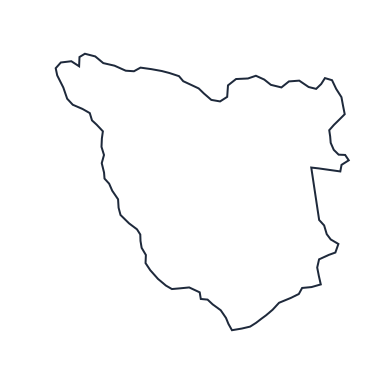 São José da Vitória, Bahia, Brazil, rotated 98°
{"feature_id": "56859067B6740167587731", "entity_name": "São José da Vitória", "entity_type": "district", "adm_level": 2, "iso_a3": "BRA", "parent_name": "Brazil", "parent_adm1": "Bahia", "projection": "robinson", "projection_center": [-39.357, -15.083], "detail": "fine", "context": "isolated", "style": "outline", "palette": "slate", "viewbox_px": 384, "rotation_deg": 98, "n_neighbors": 0, "source": "geoboundaries", "source_scale": "gbopen_adm2", "svg_char_len": 1512}
<svg xmlns="http://www.w3.org/2000/svg" viewBox="0 0 384 384"><g transform="rotate(98 192 192)"><path d="M224.7,259.6L231.8,250.0L236.6,241.3L241.3,237.3L247.6,236.2L254.3,234.1L260.8,228.9L268.9,228.1L275.3,222.4L282.8,213.6L288.3,204.8L290.9,198.4L289.1,190.6L286.9,181.5L290.3,170.4L296.7,168.4L296.4,161.6L300.4,155.9L305.1,147.1L312.0,140.8L317.5,137.6L323.3,133.2L320.3,123.7L317.2,115.7L312.6,110.3L307.9,105.7L303.8,101.5L297.4,95.8L289.6,90.4L283.2,79.5L278.1,72.0L271.7,69.6L269.5,60.4L265.6,51.6L257.5,54.7L249.4,57.5L241.0,56.8L235.2,47.7L232.0,41.6L223.1,39.8L219.7,48.0L215.0,52.7L206.7,56.5L202.0,62.2L151.2,77.3L151.0,69.9L151.0,48.0L144.3,47.7L138.8,41.2L134.0,45.5L134.6,52.0L130.5,57.5L124.0,61.5L117.8,62.9L111.7,64.7L105.8,60.8L100.6,56.8L93.7,51.6L84.8,54.7L77.3,57.2L69.8,63.6L61.8,68.9L60.7,76.2L67.1,79.1L72.6,83.4L71.8,91.1L66.8,101.3L69.0,111.4L76.0,118.0L74.9,128.8L70.6,136.1L68.0,144.9L71.8,152.4L74.0,164.1L81.4,171.2L92.9,170.4L98.4,176.8L98.1,185.7L92.8,193.9L88.5,199.8L86.0,207.9L83.5,216.1L79.1,221.0L77.3,231.0L76.4,238.8L76.0,249.3L76.0,260.3L80.5,266.3L81.1,274.5L77.7,286.3L76.7,297.8L71.2,306.7L70.0,317.3L74.0,322.2L83.2,321.3L79.3,329.7L82.0,339.9L88.4,344.2L95.3,341.7L100.5,338.1L106.4,334.0L117.0,328.6L122.2,322.2L125.0,312.0L128.1,304.2L135.0,301.0L138.6,295.8L144.3,288.7L151.6,288.7L159.9,287.9L167.6,284.3L176.0,285.4L185.0,281.8L190.9,280.5L195.3,275.2L201.8,271.2L209.5,264.2L217.8,262.5L224.7,259.6Z" fill="none" stroke="#1e293b" stroke-width="2"/></g></svg>